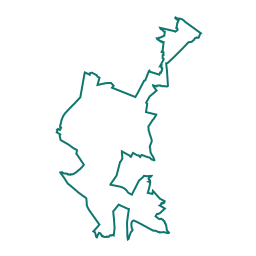 Cuapiaxtla, Tlaxcala, Mexico (Mercator projection), rotated 91°
{"feature_id": "50627088B23479789488100", "entity_name": "Cuapiaxtla", "entity_type": "district", "adm_level": 2, "iso_a3": "MEX", "parent_name": "Mexico", "parent_adm1": "Tlaxcala", "projection": "mercator", "projection_center": [-97.773, 19.339], "detail": "fine", "context": "isolated", "style": "outline", "palette": "teal", "viewbox_px": 256, "rotation_deg": 91, "n_neighbors": 0, "source": "geoboundaries", "source_scale": "gbopen_adm2", "svg_char_len": 5598}
<svg xmlns="http://www.w3.org/2000/svg" viewBox="0 0 256 256"><g transform="rotate(91 128 128)"><path d="M196.5,172.2L197.0,171.2L198.6,169.0L199.0,168.5L202.0,168.1L206.1,167.8L207.3,167.4L210.8,165.4L225.1,154.9L227.2,156.6L232.0,160.8L232.8,159.2L234.1,158.8L236.8,158.1L237.3,157.9L237.9,157.4L237.9,157.1L235.8,156.5L235.2,156.2L234.0,155.4L233.4,155.2L233.8,153.9L233.9,153.7L234.4,153.5L235.6,152.7L235.8,152.1L236.2,151.6L236.7,151.9L237.1,150.7L237.2,150.1L237.4,149.7L237.4,149.0L237.2,148.6L237.3,148.2L237.0,147.7L237.3,146.9L237.0,146.6L237.0,146.1L237.1,145.9L236.9,145.0L236.2,144.7L235.9,144.4L235.9,144.2L235.4,143.3L235.8,142.7L235.8,142.4L235.2,141.6L235.2,141.2L235.3,140.9L235.6,140.4L227.8,139.6L226.9,139.8L219.5,140.4L214.0,141.1L211.5,141.3L209.5,139.6L204.8,136.0L208.6,127.3L209.0,125.7L217.7,126.8L218.6,126.9L222.1,127.3L223.4,127.3L236.6,126.7L239.4,126.2L239.0,125.6L238.5,125.3L236.1,124.8L232.5,123.4L231.8,123.1L230.9,122.2L230.1,121.7L229.5,121.7L228.6,122.3L226.4,122.8L223.7,123.0L222.0,122.6L221.0,121.8L220.6,121.3L220.4,120.6L221.8,117.3L223.7,113.5L230.2,101.0L230.3,100.7L230.1,100.2L230.4,98.2L230.8,97.3L231.3,96.4L231.5,95.5L231.5,94.7L231.9,94.5L231.7,92.9L231.7,92.1L231.5,90.9L231.5,90.2L231.8,89.0L232.2,87.4L232.4,86.2L232.4,85.7L232.2,85.5L231.9,85.2L229.9,87.2L229.2,87.4L224.9,88.1L224.0,88.5L223.5,88.6L223.2,88.7L223.1,89.0L222.8,89.3L221.9,89.4L221.7,89.6L220.6,90.0L220.3,90.7L219.9,90.8L219.6,91.1L219.4,91.5L219.0,91.7L218.7,92.6L218.2,93.0L218.1,93.6L218.5,94.4L218.5,95.2L218.1,95.8L215.8,98.9L213.4,97.5L213.3,95.9L213.0,95.6L212.6,94.6L207.9,89.7L204.9,94.9L204.5,94.2L204.0,93.8L202.7,93.3L203.1,92.7L202.6,92.2L202.4,92.3L202.1,91.9L202.3,91.8L202.5,91.9L202.6,91.6L202.5,91.0L201.9,90.4L201.5,90.2L200.5,90.1L198.1,94.9L190.4,102.0L193.5,102.5L192.5,107.1L188.2,105.9L181.9,104.8L181.3,106.5L180.9,105.8L180.8,105.3L180.7,105.1L180.4,105.0L180.0,105.1L179.6,105.4L178.7,106.5L178.3,106.6L177.8,106.4L176.6,104.9L176.0,104.0L175.5,103.7L175.6,105.8L175.9,107.1L175.6,111.3L176.7,112.0L177.1,112.4L180.4,116.1L194.6,123.0L192.9,126.3L192.1,127.2L191.2,127.7L189.8,129.0L188.8,130.2L187.7,132.1L186.8,134.8L185.0,144.6L184.7,144.6L184.1,144.2L175.8,138.6L162.0,135.3L161.6,134.7L158.7,133.1L157.3,133.2L156.2,133.3L153.8,133.6L151.5,133.7L153.3,130.3L156.0,125.0L156.5,125.2L156.8,124.6L152.8,122.6L155.0,118.6L155.2,117.7L155.2,116.7L155.9,116.2L156.1,115.8L156.6,115.6L156.9,115.3L156.7,115.1L155.7,115.0L154.7,113.7L155.0,113.1L155.1,112.6L155.5,111.5L155.7,110.9L156.4,109.3L156.5,108.3L156.9,107.6L157.1,106.2L157.3,105.6L157.5,105.4L158.2,104.9L159.2,103.5L159.6,101.4L159.8,101.3L159.7,101.1L159.1,101.2L156.2,102.5L155.4,103.0L154.4,103.8L153.9,104.0L152.3,104.9L151.0,105.2L149.8,105.3L148.6,105.3L147.6,105.8L146.7,105.9L145.1,105.6L141.9,104.3L140.7,104.1L139.8,104.0L133.1,106.3L129.5,107.4L127.9,107.4L126.3,107.7L125.5,107.2L119.6,103.5L119.1,102.9L118.7,102.6L114.3,99.9L114.1,99.9L113.3,103.6L111.8,110.3L103.5,109.2L102.4,110.3L96.1,106.9L94.2,104.8L92.1,102.3L91.1,101.3L90.8,101.1L90.3,100.4L90.1,100.1L86.0,103.3L84.9,103.6L85.9,100.1L85.1,99.7L85.0,98.5L85.1,98.2L84.9,97.5L85.0,97.0L84.9,96.8L84.9,96.6L85.2,96.3L85.1,95.7L85.3,95.4L85.7,94.3L85.6,93.8L85.6,92.4L85.5,92.2L85.7,91.6L85.6,91.0L85.8,90.5L85.8,89.6L85.7,89.4L85.4,88.9L85.0,88.8L69.5,90.1L62.7,91.0L62.4,89.6L56.5,83.5L47.5,74.8L42.4,70.1L42.1,70.0L41.8,69.5L41.4,69.2L41.2,68.9L41.1,68.4L40.8,66.2L40.3,65.3L39.6,64.8L39.1,63.8L38.1,63.1L37.6,63.1L37.2,62.7L36.9,62.1L36.8,61.5L36.3,61.1L36.2,60.6L36.6,59.6L36.6,59.2L36.3,58.9L35.8,58.6L33.8,58.0L32.3,57.2L32.0,56.8L20.6,73.1L19.7,73.8L18.3,75.9L17.7,78.3L17.6,79.0L17.8,79.7L17.8,80.2L17.2,81.4L16.6,82.4L17.1,82.7L17.3,82.7L18.5,81.2L18.8,80.8L19.1,79.9L19.2,80.0L19.7,79.3L21.8,80.4L22.4,80.4L22.5,80.6L25.9,81.1L27.1,81.5L27.3,81.5L27.4,81.2L27.3,80.7L27.6,80.5L27.9,80.3L28.6,80.2L29.1,80.3L29.3,80.3L29.6,80.7L30.8,82.4L30.5,82.6L27.3,97.6L28.3,97.1L28.8,96.5L29.1,95.7L31.0,93.6L31.1,92.9L35.0,93.3L35.1,93.7L35.6,94.1L35.6,94.5L35.8,94.7L35.9,95.2L36.3,95.7L36.5,96.5L37.0,97.0L37.1,97.8L37.4,98.2L37.3,98.9L37.3,99.0L37.6,99.1L37.8,99.4L38.0,100.1L37.9,100.6L38.8,100.2L39.6,98.7L39.7,98.2L40.3,97.9L40.5,97.2L41.0,96.9L41.0,96.7L40.7,96.6L40.6,96.4L40.8,96.0L41.4,95.8L41.5,95.6L41.4,95.5L41.1,95.4L41.1,95.2L41.5,94.6L41.5,93.9L48.6,94.6L51.4,94.7L51.2,95.1L50.9,95.5L51.1,95.7L51.5,95.7L51.8,93.8L54.5,93.8L54.6,94.6L57.6,94.6L57.7,94.2L57.9,93.9L58.1,93.7L58.7,93.5L65.4,96.9L64.9,95.6L67.0,95.8L67.2,95.7L67.5,95.2L67.5,94.9L67.9,94.8L70.0,95.1L70.2,95.4L72.2,96.1L72.0,96.8L74.1,97.6L71.3,107.3L70.2,107.6L70.3,107.8L70.8,108.1L80.1,111.6L80.4,112.7L94.0,119.5L96.9,121.2L88.0,144.7L86.0,143.1L83.2,145.8L83.6,151.3L85.5,159.2L78.2,157.4L77.0,159.6L75.8,160.1L73.3,165.2L74.0,167.2L75.4,167.2L73.2,172.1L75.5,172.6L98.1,176.2L105.2,182.6L107.4,184.8L114.2,191.0L116.4,192.5L117.4,193.1L119.9,194.1L122.1,194.8L123.9,195.1L127.0,195.9L127.3,195.7L127.5,195.8L128.3,195.9L128.9,194.9L131.1,196.0L130.1,197.9L130.9,198.8L131.2,198.3L133.5,199.2L135.6,195.6L136.9,196.2L141.2,195.2L145.7,187.0L148.8,182.7L151.0,178.6L154.8,179.2L155.0,178.8L165.5,171.5L167.2,172.7L169.9,175.2L171.1,176.8L172.1,177.8L173.6,179.6L174.8,181.6L175.0,181.7L175.3,182.5L175.2,183.9L175.2,184.2L175.8,184.6L175.8,184.9L175.6,185.1L175.5,185.5L175.6,187.1L175.5,187.4L175.4,187.6L174.9,187.7L174.8,188.3L174.6,188.8L174.6,190.8L174.3,191.8L173.3,193.3L173.7,194.9L179.4,190.7L184.7,187.2L186.3,185.0L192.0,178.0L193.3,176.6L195.7,173.1L196.5,172.2Z" fill="none" stroke="#0f766e" stroke-width="2"/></g></svg>